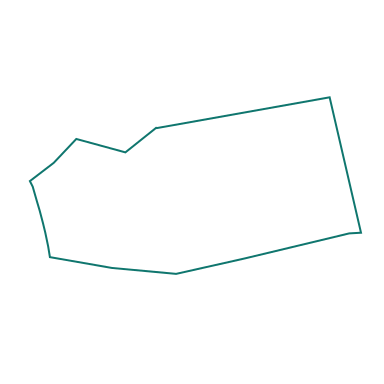 El Arish 4, Shamal Sina', Egypt, rotated 257°
{"feature_id": "37247803B14702199074319", "entity_name": "El Arish 4", "entity_type": "district", "adm_level": 2, "iso_a3": "EGY", "parent_name": "Egypt", "parent_adm1": "Shamal Sina'", "projection": "albers", "projection_center": [33.619, 30.865], "detail": "fine", "context": "isolated", "style": "outline", "palette": "teal", "viewbox_px": 384, "rotation_deg": 257, "n_neighbors": 0, "source": "geoboundaries", "source_scale": "gbopen_adm2", "svg_char_len": 395}
<svg xmlns="http://www.w3.org/2000/svg" viewBox="0 0 384 384"><g transform="rotate(257 192 192)"><path d="M253.3,347.4L262.2,172.0L262.6,171.5L245.6,136.0L269.7,91.2L251.5,63.8L239.1,36.5L233.0,38.0L217.7,38.8L207.9,39.4L194.9,39.8L185.4,39.9L171.2,39.6L160.5,38.9L136.0,96.9L115.8,158.1L115.4,228.6L116.3,335.9L114.3,347.5L253.3,347.4Z" fill="none" stroke="#0f766e" stroke-width="2"/></g></svg>